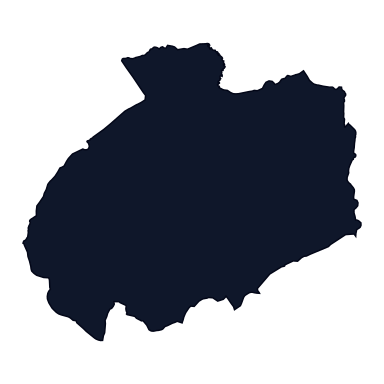 Nsawam Adoagyiri, Eastern, Ghana
{"feature_id": "2480657B74727980909537", "entity_name": "Nsawam Adoagyiri", "entity_type": "district", "adm_level": 2, "iso_a3": "GHA", "parent_name": "Ghana", "parent_adm1": "Eastern", "projection": "mercator", "projection_center": [-0.35, 5.828], "detail": "fine", "context": "isolated", "style": "filled", "palette": "ink", "viewbox_px": 384, "rotation_deg": 0, "n_neighbors": 0, "source": "geoboundaries", "source_scale": "gbopen_adm2", "svg_char_len": 5825}
<svg xmlns="http://www.w3.org/2000/svg" viewBox="0 0 384 384"><path d="M194.2,306.4L198.9,301.2L202.0,299.3L203.1,298.8L206.6,298.2L207.4,298.0L208.5,297.5L212.8,297.8L217.7,301.1L223.3,299.3L225.0,297.6L226.0,296.2L227.8,298.4L230.9,303.0L233.6,306.7L234.5,309.7L240.4,305.7L241.5,303.2L243.6,297.4L244.1,296.6L244.9,295.5L245.9,294.8L248.9,292.9L250.0,292.5L251.2,292.2L252.7,292.3L254.2,292.7L256.7,293.1L259.5,293.3L259.1,292.5L257.9,291.0L257.6,290.1L257.4,288.9L257.7,288.1L269.8,274.0L281.5,266.8L284.3,266.2L284.7,265.8L285.0,264.8L293.2,260.9L297.6,261.2L301.5,257.7L304.0,256.3L306.5,256.0L310.2,254.2L328.4,246.6L330.5,244.5L345.6,234.6L353.9,234.0L354.7,234.8L355.7,236.2L355.9,233.4L356.7,229.6L359.0,228.2L360.2,227.2L361.0,225.3L360.9,222.8L360.3,222.3L359.1,221.2L358.0,220.5L356.9,220.1L355.6,219.9L355.0,216.4L354.0,212.9L354.0,209.6L355.9,208.0L357.7,205.8L358.0,202.8L356.9,200.4L353.8,199.2L353.6,197.0L354.4,191.2L354.3,189.6L353.4,187.9L350.8,184.7L350.5,184.1L349.4,183.3L348.5,182.4L347.7,181.3L347.1,180.1L347.1,178.8L347.1,177.6L347.4,176.6L348.7,172.9L348.5,170.8L348.8,168.3L349.7,165.6L352.2,160.0L353.3,159.3L353.5,158.0L354.1,157.3L355.0,157.2L355.7,156.2L355.8,155.1L355.6,154.5L354.8,153.8L353.8,153.5L353.6,151.3L354.2,147.6L354.5,143.2L354.9,140.5L355.0,138.6L355.5,137.1L355.5,136.4L355.4,135.5L355.8,134.3L355.8,132.3L355.4,130.9L354.6,129.6L349.9,125.0L348.8,124.3L348.4,123.4L345.2,127.1L344.6,127.0L344.5,124.6L344.1,124.1L344.5,119.2L343.6,117.4L343.8,113.4L343.6,111.9L343.8,105.7L343.6,102.6L344.5,101.2L344.4,99.8L344.0,98.7L344.0,97.7L345.7,95.1L345.6,93.8L344.8,92.7L344.4,91.6L342.3,90.1L341.7,88.9L341.5,87.2L339.1,87.0L337.4,88.8L336.0,89.5L334.6,89.0L333.3,87.6L332.2,87.1L329.7,87.2L323.1,86.2L318.4,85.1L317.0,85.0L314.0,84.1L312.6,83.2L309.4,80.3L307.2,76.4L303.5,70.8L299.5,73.7L296.9,74.5L295.7,74.7L294.8,75.1L291.5,76.2L290.8,76.4L287.8,75.5L286.7,76.2L285.7,77.6L285.1,78.3L283.3,78.7L281.6,79.3L279.6,82.2L277.8,83.5L275.9,84.2L274.7,84.4L274.0,83.1L272.2,81.4L269.0,80.9L266.0,82.3L264.3,84.8L262.5,88.4L257.7,90.6L256.9,90.7L254.2,90.4L252.3,91.1L249.0,91.6L238.7,93.7L236.0,93.9L234.1,93.8L232.9,93.6L230.5,92.5L227.4,90.4L224.1,90.0L222.9,89.6L219.0,87.6L219.4,86.9L219.1,86.2L218.2,85.9L217.7,85.3L217.5,84.8L217.6,84.4L218.0,84.4L218.5,84.0L218.7,83.4L219.4,83.2L219.4,82.7L218.9,82.3L218.1,82.4L217.9,82.0L218.1,81.6L219.9,80.1L219.8,79.7L219.8,79.2L220.5,79.0L220.7,78.5L220.4,78.2L220.0,78.1L219.9,77.7L220.0,77.4L220.1,76.2L220.5,75.7L221.1,75.7L221.6,76.1L222.1,76.3L222.2,75.0L221.4,74.5L221.8,72.0L221.5,71.2L221.6,70.5L221.8,70.3L223.0,70.4L223.2,69.9L222.9,69.0L223.3,68.7L224.1,68.3L225.1,66.8L223.8,65.6L223.4,64.8L223.5,64.3L223.8,64.5L224.5,64.6L224.4,64.1L223.8,63.2L223.5,62.4L223.7,61.0L222.8,60.8L222.1,59.6L222.0,58.8L222.5,58.2L221.9,57.2L220.0,55.6L219.9,55.1L219.5,54.8L218.7,55.3L218.4,55.3L218.3,54.9L218.8,53.7L217.9,53.5L217.5,53.7L217.2,53.5L217.2,53.1L217.9,52.6L217.6,52.1L217.2,51.8L215.7,51.6L215.2,50.3L214.8,50.2L214.0,50.4L212.4,49.8L212.0,49.3L211.7,48.5L211.2,47.8L210.9,47.9L210.1,49.1L209.6,48.8L209.4,46.8L208.4,46.8L207.8,46.3L207.6,45.8L207.8,45.4L209.6,45.2L209.3,44.3L208.5,43.7L207.7,44.2L207.3,43.5L205.4,43.8L199.6,44.0L196.6,45.4L187.5,49.2L184.0,48.6L177.6,49.7L174.6,47.0L172.3,46.2L167.6,45.4L166.0,48.0L165.1,48.3L164.1,47.9L163.3,47.3L162.4,46.8L160.6,47.5L159.6,48.7L159.2,48.9L157.4,47.8L156.0,47.3L154.6,47.1L153.6,47.4L152.0,48.9L150.5,49.2L150.2,49.6L149.1,51.7L148.6,52.1L147.8,52.4L147.1,52.9L146.2,53.9L144.6,55.3L143.8,55.5L142.8,55.4L142.0,55.6L140.2,56.5L135.5,57.6L134.9,58.0L133.7,58.4L132.5,58.7L130.4,58.5L129.7,58.4L128.9,57.8L127.7,57.7L126.0,58.4L123.2,58.5L122.5,58.9L122.2,59.2L121.7,60.8L126.4,67.8L132.9,76.9L143.5,92.7L145.6,95.4L145.1,99.9L141.1,102.5L137.2,104.5L136.7,104.6L130.3,108.3L128.8,108.9L124.9,111.2L110.1,124.2L103.7,129.5L93.0,137.2L92.8,137.7L92.1,138.2L91.4,138.4L90.4,139.1L90.0,139.9L89.2,140.4L87.4,140.9L87.0,141.3L87.0,141.5L87.2,142.0L88.2,142.9L88.6,143.6L88.9,144.5L89.3,146.1L89.1,147.2L88.5,148.6L87.6,149.4L86.6,149.7L85.9,149.8L84.6,149.7L83.2,149.3L82.9,149.0L72.5,154.0L68.4,158.5L66.6,161.3L64.1,166.0L62.0,167.2L60.1,167.9L59.9,168.1L57.9,171.8L55.0,176.3L51.3,180.3L50.4,181.0L48.4,183.5L47.8,184.5L46.3,189.5L44.3,193.3L43.5,196.5L39.8,202.0L36.9,205.9L36.3,211.0L36.4,215.7L30.9,219.3L30.2,219.9L29.7,220.7L29.7,221.6L30.2,222.3L30.3,222.8L29.5,224.9L29.1,225.4L28.2,228.0L28.5,229.2L28.1,230.6L28.3,232.5L27.7,236.9L26.8,238.1L26.2,239.3L25.4,240.2L23.7,241.1L23.0,243.2L24.1,244.0L24.4,245.2L27.5,252.2L28.0,256.6L29.5,261.0L30.8,266.3L31.1,268.9L31.7,271.0L33.6,273.0L34.7,273.9L36.7,275.3L43.7,277.5L48.7,277.8L49.3,279.4L49.5,280.7L49.8,287.3L50.0,288.1L50.4,289.0L49.7,290.1L49.0,290.9L48.3,292.2L47.8,293.4L47.3,296.3L47.4,298.7L47.6,299.5L48.9,302.9L52.0,308.0L53.6,309.7L56.3,312.3L58.7,313.9L61.4,314.9L68.0,316.7L69.3,317.3L70.4,318.0L73.1,320.3L75.9,320.7L76.4,321.5L76.8,322.7L83.5,328.6L86.2,331.3L94.5,338.0L96.0,339.0L98.4,340.0L100.6,340.5L102.6,340.4L103.4,335.7L104.5,333.2L104.7,332.3L105.4,323.7L105.1,320.3L106.7,316.7L107.7,313.2L109.7,309.4L110.3,308.9L111.6,308.4L113.1,306.5L114.2,304.4L114.2,303.8L113.9,302.6L113.9,301.6L119.3,301.7L120.0,302.6L126.0,305.4L126.2,306.0L125.9,308.6L126.0,309.9L126.3,311.1L127.1,313.0L126.5,314.0L127.1,314.6L134.1,316.2L135.1,316.6L136.4,318.2L137.7,318.9L139.9,320.0L140.9,320.6L141.7,320.9L143.0,320.7L146.8,325.2L149.0,329.7L150.4,330.6L151.4,331.0L152.5,331.1L153.8,331.1L156.8,330.5L158.4,330.4L161.1,329.8L162.1,329.4L163.0,328.8L164.6,326.9L165.3,326.4L167.5,325.6L172.4,323.2L174.8,322.4L177.2,321.3L182.1,322.9L182.5,321.5L183.0,320.2L183.8,317.1L185.0,314.2L185.8,312.5L188.8,308.0L189.5,307.2L190.8,306.1L194.2,306.4Z" fill="#0f172a" stroke="#020617" stroke-width="1.5"/></svg>